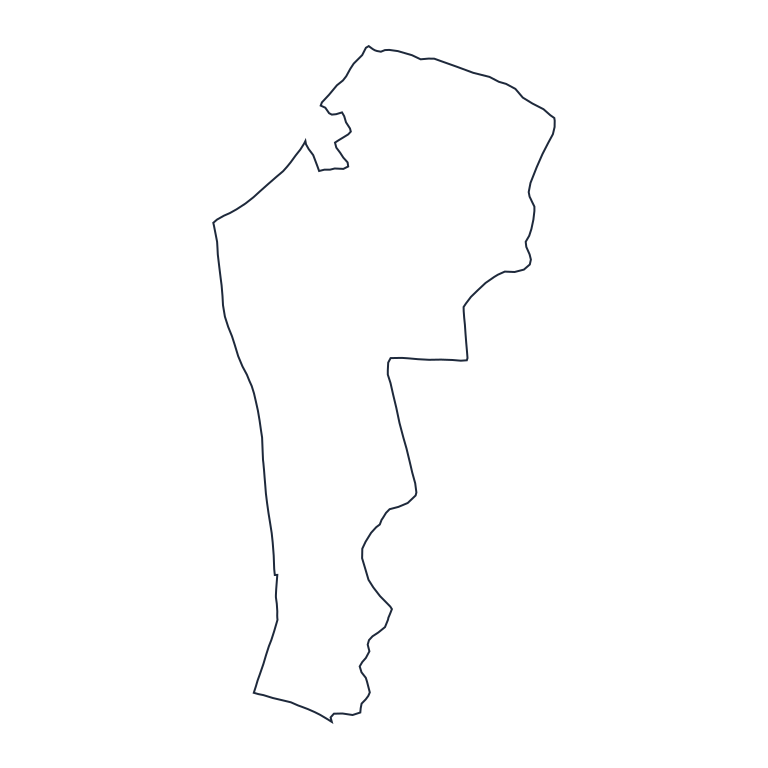 outline of Peam Ro, Prey Vêng, Cambodia
{"feature_id": "14789045B10752799877994", "entity_name": "Peam Ro", "entity_type": "district", "adm_level": 2, "iso_a3": "KHM", "parent_name": "Cambodia", "parent_adm1": "Prey Vêng", "projection": "robinson", "projection_center": [105.314, 11.334], "detail": "fine", "context": "isolated", "style": "outline", "palette": "slate", "viewbox_px": 768, "rotation_deg": 0, "n_neighbors": 0, "source": "geoboundaries", "source_scale": "gbopen_adm2", "svg_char_len": 3255}
<svg xmlns="http://www.w3.org/2000/svg" viewBox="0 0 768 768"><path d="M263.4,463.2L263.8,467.7L264.0,469.7L264.6,477.5L265.2,484.6L265.9,493.5L267.1,503.2L268.5,513.1L270.0,522.3L271.7,533.1L272.7,542.5L273.7,555.5L274.2,569.0L274.8,575.0L277.3,574.9L276.2,589.2L275.9,595.2L275.9,597.2L276.8,603.8L277.3,611.4L277.2,615.4L277.3,617.9L277.5,619.8L275.4,627.0L274.2,631.1L273.5,633.3L271.3,640.1L268.9,646.2L266.1,654.9L263.4,664.0L259.7,674.7L257.6,680.5L255.9,686.3L253.8,692.8L258.4,694.1L263.4,695.1L272.8,698.0L283.4,700.5L290.9,702.3L298.2,705.5L301.3,706.6L307.9,709.1L314.7,712.1L319.9,714.7L326.5,718.6L331.8,721.9L330.6,717.4L333.9,713.7L342.5,713.5L352.6,715.0L360.3,712.5L360.7,708.2L361.6,703.6L365.7,699.4L368.3,695.9L369.8,692.4L368.5,687.4L367.0,681.6L365.8,677.8L361.5,672.3L359.7,666.4L362.3,662.0L365.9,657.9L369.4,651.3L367.7,644.6L369.0,640.1L372.5,636.3L378.3,632.5L385.0,627.1L388.0,619.7L388.4,617.7L389.6,614.9L390.7,612.2L391.9,609.1L390.3,606.6L386.1,602.3L380.0,596.1L373.3,587.4L368.5,579.8L365.6,569.9L362.1,558.2L362.2,554.4L362.3,548.7L365.6,541.7L371.1,532.8L376.2,527.2L379.8,524.5L381.6,519.8L382.8,518.1L386.0,512.9L389.6,509.2L398.4,506.9L407.7,503.0L415.6,495.5L416.4,492.5L415.2,483.3L412.2,472.4L410.6,465.5L409.7,461.7L406.5,448.5L403.4,437.7L399.5,423.0L396.3,407.8L393.2,394.9L390.5,383.0L387.8,374.6L387.8,370.4L388.2,362.6L390.6,358.1L395.6,358.0L401.9,357.9L408.0,358.3L418.1,359.2L429.1,359.8L441.1,359.6L452.6,360.0L460.8,360.7L466.8,360.3L467.5,358.1L467.0,351.6L466.2,342.5L465.5,333.5L464.9,324.7L464.2,317.9L463.7,311.2L463.6,307.0L466.0,303.4L471.0,296.8L477.7,290.3L485.6,282.9L494.1,277.0L497.9,274.7L504.8,271.6L514.6,272.0L523.9,269.6L529.8,264.5L530.9,259.6L529.6,254.4L526.3,246.9L525.7,241.8L529.2,235.8L531.4,229.0L533.4,219.6L534.4,211.0L534.4,206.6L531.8,201.3L530.6,198.7L529.6,196.7L528.7,192.1L530.5,182.9L536.7,167.2L542.5,154.0L548.2,142.9L552.9,134.2L554.6,127.0L554.7,120.6L554.3,118.0L550.3,115.2L543.5,109.2L532.4,103.5L522.8,97.6L515.4,88.9L506.1,83.9L498.9,81.8L489.5,76.9L473.2,72.8L457.0,66.8L440.7,61.0L434.3,58.7L428.5,58.6L420.6,59.3L412.0,55.2L397.9,51.1L389.2,49.9L384.9,50.1L380.9,51.7L377.0,51.0L374.9,50.3L372.8,49.1L368.7,46.1L365.9,47.8L362.2,55.1L353.7,63.6L350.3,68.8L346.2,76.3L342.9,80.5L336.9,85.3L329.0,94.8L321.9,102.4L320.7,105.6L325.3,107.7L329.1,113.2L331.8,114.6L336.1,114.2L342.0,112.4L344.2,116.2L346.0,122.3L350.0,128.5L350.8,131.6L348.2,134.4L343.0,137.6L338.7,140.2L335.0,142.6L336.3,147.6L340.2,152.8L343.3,157.6L347.6,162.4L348.2,166.5L345.9,167.6L343.4,168.9L334.7,168.5L329.9,169.7L324.3,169.7L319.1,171.0L317.5,166.5L313.2,155.1L308.7,149.1L306.0,144.3L305.4,141.0L304.1,143.6L300.3,149.6L295.7,155.4L290.6,162.4L287.1,166.7L283.1,171.2L276.8,176.5L268.2,184.0L260.2,191.1L253.4,197.3L245.5,203.5L236.6,209.3L229.8,213.1L223.9,215.7L217.0,219.6L213.3,222.8L214.0,225.9L215.8,235.1L217.1,241.8L217.5,248.4L217.8,254.5L219.2,266.3L220.6,277.7L221.6,285.4L222.5,296.1L223.0,305.2L224.9,316.6L228.2,326.9L232.0,336.3L234.7,344.7L238.2,356.2L242.5,366.5L246.9,374.7L249.4,380.9L251.7,386.0L254.0,393.4L255.9,401.6L257.9,410.6L259.6,420.6L260.9,429.7L262.1,437.6L262.6,450.3L263.0,459.8L263.4,463.2Z" fill="none" stroke="#1e293b" stroke-width="2"/></svg>